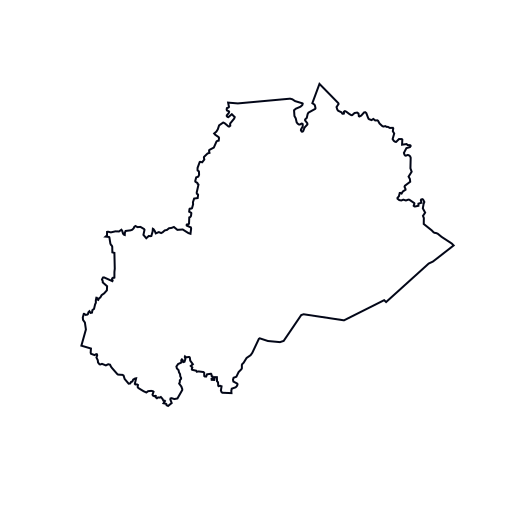 the Region of Novosibirsk, rotated 136°
{"feature_id": "RUS-2403", "entity_name": "Novosibirsk", "entity_type": "Region", "adm_level": 1, "iso_a3": "RUS", "parent_name": "Russia", "parent_adm1": "", "projection": "mercator", "projection_center": [80.57, 55.289], "detail": "fine", "context": "isolated", "style": "outline", "palette": "ink", "viewbox_px": 512, "rotation_deg": 136, "n_neighbors": 0, "source": "natural_earth", "source_scale": "10m", "svg_char_len": 6088}
<svg xmlns="http://www.w3.org/2000/svg" viewBox="0 0 512 512"><g transform="rotate(136 256 256)"><path d="M127.4,334.4L131.1,330.0L131.8,327.4L133.9,323.9L134.1,322.3L133.8,320.8L133.1,320.1L131.2,319.6L130.7,318.8L131.2,317.9L132.7,316.6L135.7,315.8L136.4,315.2L136.7,313.7L136.1,313.1L135.2,313.1L131.8,314.7L127.7,314.9L126.9,315.8L126.5,319.4L125.8,320.1L123.5,320.1L120.3,322.2L118.7,322.7L111.2,320.7L110.5,321.0L109.1,323.3L108.8,324.3L109.3,326.8L90.8,335.7L90.6,308.8L91.0,308.0L94.6,307.2L95.8,304.9L96.0,303.4L94.7,300.0L95.0,298.5L94.7,297.9L93.8,297.4L92.5,298.7L91.4,298.5L90.8,297.0L90.2,293.2L89.6,291.1L88.9,290.5L85.8,290.4L83.6,288.9L83.3,287.3L84.9,285.1L84.7,284.5L82.8,283.9L78.5,284.2L77.5,283.5L77.4,282.1L79.1,278.2L79.7,276.6L79.6,275.8L78.5,273.5L76.4,273.1L76.1,270.7L74.4,269.2L74.3,268.4L75.1,265.5L74.9,261.8L74.5,260.7L72.7,259.5L72.4,258.2L71.4,257.2L70.8,255.2L68.5,253.1L68.6,252.5L70.9,250.7L71.5,248.1L76.5,245.2L76.9,243.1L76.5,241.3L75.9,240.7L71.9,240.8L69.9,238.8L69.9,238.1L73.6,234.6L69.9,231.9L69.9,230.5L68.2,228.7L68.1,228.3L68.3,227.7L69.6,227.4L72.9,229.1L78.0,227.4L78.8,225.8L78.9,224.7L78.6,224.1L76.7,223.3L76.1,222.4L75.9,220.6L76.5,219.2L84.0,211.8L85.5,208.5L91.1,207.1L91.8,204.5L93.5,202.3L100.1,203.1L101.1,202.6L101.9,200.4L102.4,199.8L105.6,200.4L107.9,199.8L108.3,201.1L108.8,201.5L111.7,199.7L113.9,199.5L114.4,198.9L114.1,196.7L112.9,195.0L110.9,194.2L109.6,191.8L107.2,190.7L106.6,189.9L105.4,184.1L105.7,183.6L107.7,182.6L107.6,181.6L107.3,181.2L104.3,179.3L102.8,180.8L100.0,179.4L98.7,181.6L98.0,181.9L96.9,181.4L96.6,180.5L97.4,177.9L99.2,177.1L102.9,174.4L104.2,169.7L108.0,168.9L108.9,166.7L113.1,162.5L111.8,152.5L111.8,149.7L111.5,148.7L110.5,147.4L109.8,145.8L109.2,140.8L106.5,128.9L106.5,126.3L132.6,129.1L137.0,130.6L194.4,132.5L194.5,135.2L237.4,148.6L262.2,181.0L264.5,182.1L295.1,175.7L298.6,177.4L306.5,186.6L310.5,194.2L311.5,194.4L326.0,188.9L328.8,188.4L333.6,189.2L339.1,187.8L341.0,187.8L341.9,187.4L344.1,185.1L345.1,184.7L349.1,184.6L354.0,182.8L356.7,184.0L358.5,183.0L359.5,181.4L358.2,177.5L358.2,176.9L358.7,176.3L360.3,175.7L361.9,175.7L365.6,177.4L367.4,176.2L368.9,174.4L375.2,181.0L375.3,182.1L374.7,183.6L371.3,186.2L372.0,187.6L373.3,188.3L373.3,188.9L371.0,191.6L371.1,192.9L368.3,196.0L369.8,197.5L372.1,195.8L373.9,197.7L373.2,198.6L371.8,198.2L371.0,198.9L370.9,199.5L371.3,200.4L370.2,202.0L370.2,202.6L373.4,204.9L375.6,203.9L376.5,204.8L376.6,205.6L374.4,208.0L374.4,209.0L377.5,212.9L379.0,213.9L378.7,215.0L381.0,218.5L380.8,219.2L379.2,220.1L379.3,222.2L376.6,222.0L376.0,226.4L374.3,228.7L374.1,229.4L374.3,229.9L376.6,231.6L376.8,233.1L377.4,232.8L378.3,231.0L380.9,229.6L381.9,230.1L381.0,232.4L381.1,233.1L382.2,232.9L383.5,231.4L384.0,231.3L387.1,232.4L390.0,231.8L391.0,230.1L391.0,227.7L392.2,225.8L392.7,223.8L394.1,222.0L394.6,220.3L395.2,219.7L397.1,219.5L398.4,218.2L399.9,217.6L400.4,213.9L401.5,211.5L402.2,210.8L411.5,208.1L414.1,209.8L415.5,212.4L416.4,212.9L417.3,212.3L418.8,208.8L423.4,209.2L424.0,210.7L423.4,211.7L423.4,212.2L424.8,214.3L422.2,214.9L422.2,215.4L423.1,216.3L422.5,218.3L422.4,220.7L423.6,221.0L424.7,222.3L426.1,222.5L426.3,224.1L425.3,224.9L425.4,225.2L426.7,226.1L427.1,227.3L426.7,228.2L424.0,229.5L424.1,230.4L425.1,231.8L427.5,233.7L429.7,234.0L430.8,236.8L432.3,242.6L432.3,243.6L431.9,244.2L430.5,245.2L430.8,246.3L432.0,247.4L432.0,248.2L427.2,251.3L428.1,251.9L430.2,252.4L432.1,251.6L433.4,252.2L435.0,251.7L436.3,252.6L435.9,258.8L434.3,262.0L434.6,263.2L437.6,266.5L437.8,267.4L437.4,275.4L437.2,277.1L436.5,279.2L437.5,280.8L440.0,281.6L441.7,285.4L443.3,286.1L443.8,286.8L443.6,289.1L442.2,291.0L441.3,293.8L439.2,294.9L438.7,295.8L439.1,296.4L441.0,296.9L442.6,300.3L442.1,301.3L439.0,304.1L443.9,312.8L429.4,321.3L425.3,327.0L424.8,330.2L423.3,332.1L420.1,334.0L419.7,333.6L419.5,332.0L418.0,331.0L417.1,331.0L415.7,331.9L414.2,332.0L414.5,329.9L413.3,329.2L411.3,330.7L409.2,330.5L405.3,333.0L403.7,333.6L402.1,335.3L399.8,336.9L399.5,336.5L400.2,334.6L400.0,334.0L398.2,334.6L396.8,334.3L394.2,335.1L391.2,334.6L387.1,334.9L384.1,337.7L384.6,343.4L383.7,344.4L383.1,346.1L381.0,346.8L380.2,346.2L376.8,337.7L376.1,338.0L375.6,339.4L375.0,339.8L374.0,339.7L373.4,339.0L372.9,338.8L368.9,342.9L366.4,345.0L355.7,356.6L356.8,358.4L353.0,362.5L352.5,363.7L352.6,364.6L352.2,366.0L348.5,371.3L348.5,371.8L350.7,374.4L348.9,374.3L346.4,376.8L345.6,376.3L344.0,373.8L340.0,371.4L337.5,368.8L334.6,368.4L334.8,367.0L336.1,364.5L336.2,363.1L335.8,362.3L334.1,363.9L332.4,364.6L328.4,361.6L326.9,360.9L324.8,360.9L323.3,361.5L321.9,361.3L321.2,359.1L318.9,357.2L317.8,353.2L318.0,352.3L322.3,349.4L322.6,345.0L319.2,344.9L318.3,343.7L317.4,343.1L313.4,345.4L311.3,347.2L311.1,346.6L311.4,344.5L312.4,341.9L309.3,340.7L308.3,338.4L306.7,337.9L303.9,337.8L301.9,336.6L299.3,336.4L297.3,334.9L294.9,333.9L294.4,329.4L290.3,326.0L288.7,319.4L287.7,317.5L283.7,320.7L283.0,321.8L284.6,325.6L284.7,326.0L284.4,326.5L283.9,326.7L282.4,325.7L281.6,325.9L277.2,330.1L276.1,329.7L274.9,330.0L272.9,331.6L272.6,332.1L273.3,334.3L271.2,336.0L270.6,336.0L269.4,334.9L268.7,334.9L265.3,336.9L264.0,338.5L260.6,340.3L257.7,338.2L255.2,340.2L255.0,340.7L255.3,341.9L254.5,342.9L247.8,347.3L247.7,347.8L247.9,348.4L247.4,349.4L248.0,351.4L247.7,352.1L244.4,354.1L242.4,353.2L240.6,353.9L238.6,356.1L238.3,356.7L238.6,358.0L238.4,358.4L236.8,360.0L231.2,362.7L230.8,362.6L229.6,360.8L226.2,361.3L225.1,363.0L224.5,363.4L219.6,363.4L217.8,362.5L216.8,364.2L215.9,364.7L211.0,363.3L204.9,365.8L204.0,365.7L202.7,364.9L200.6,366.6L200.3,367.5L201.1,371.6L201.0,373.2L198.1,373.0L195.4,373.7L191.8,375.6L186.9,374.8L186.3,373.3L185.8,368.3L185.3,367.7L184.0,367.6L182.9,369.0L182.3,369.3L176.3,370.0L174.8,370.7L174.9,374.8L179.5,375.1L179.9,375.9L179.8,377.0L179.3,377.5L176.3,377.8L175.2,378.3L175.0,378.9L175.8,380.9L175.3,381.8L174.2,382.6L172.7,381.9L171.9,382.0L169.5,385.7L163.1,378.4L122.2,345.5L121.0,343.5L120.3,340.3L116.5,333.5L116.6,333.1L117.9,332.4L120.3,332.5L125.1,334.3L127.4,334.4Z" fill="none" stroke="#020617" stroke-width="2"/></g></svg>